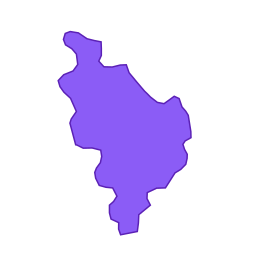 Damyang-gun, South Jeolla, South Korea (Mercator projection), rotated 171°
{"feature_id": "91817680B48783047676904", "entity_name": "Damyang-gun", "entity_type": "district", "adm_level": 2, "iso_a3": "KOR", "parent_name": "South Korea", "parent_adm1": "South Jeolla", "projection": "mercator", "projection_center": [127.004, 35.284], "detail": "fine", "context": "isolated", "style": "filled", "palette": "violet", "viewbox_px": 256, "rotation_deg": 171, "n_neighbors": 0, "source": "geoboundaries", "source_scale": "gbopen_adm2", "svg_char_len": 1118}
<svg xmlns="http://www.w3.org/2000/svg" viewBox="0 0 256 256"><g transform="rotate(171 128 128)"><path d="M100.4,63.0L88.6,76.3L82.3,78.9L76.6,83.1L74.4,88.7L73.6,92.8L75.5,98.1L76.3,103.3L73.6,106.3L67.3,108.6L66.5,114.6L66.5,122.1L66.5,131.1L68.4,135.6L71.4,140.4L72.9,149.1L77.4,152.1L82.6,149.4L88.6,146.4L95.0,148.7L101.0,155.1L103.6,158.8L105.9,161.8L111.9,171.6L118.3,182.4L119.8,190.7L125.8,191.4L134.0,190.7L142.2,192.2L146.4,198.6L143.0,203.8L141.9,210.6L141.1,217.3L146.4,219.2L147.5,219.6L154.6,222.6L162.1,229.7L170.0,232.3L175.2,231.2L177.9,225.6L176.7,219.9L171.1,215.1L167.4,209.1L167.7,198.6L173.4,192.9L183.1,190.7L189.5,185.8L189.5,185.4L188.7,179.4L185.7,173.4L180.1,166.3L176.4,152.4L182.7,145.7L184.6,141.9L182.3,119.6L181.2,119.2L175.4,115.1L166.6,113.9L158.4,110.4L158.4,104.0L160.7,98.1L165.4,93.4L167.8,89.3L167.8,83.5L165.4,75.8L159.0,72.9L152.5,71.2L149.6,62.4L153.7,57.7L158.4,54.7L159.6,47.1L159.0,40.7L152.0,36.0L153.1,29.6L152.0,23.7L135.0,24.3L132.6,32.5L130.9,40.7L118.0,48.3L120.3,55.3L119.1,61.2L109.2,64.1L100.4,63.0Z" fill="#8b5cf6" stroke="#5b21b6" stroke-width="1.5"/></g></svg>